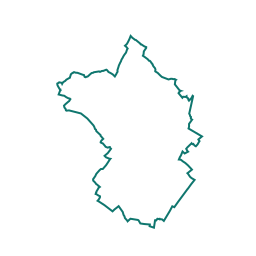 Chapab, Yucatán, Mexico (Robinson projection), rotated 29°
{"feature_id": "50627088B60332279598838", "entity_name": "Chapab", "entity_type": "district", "adm_level": 2, "iso_a3": "MEX", "parent_name": "Mexico", "parent_adm1": "Yucatán", "projection": "robinson", "projection_center": [-89.499, 20.5], "detail": "fine", "context": "isolated", "style": "outline", "palette": "teal", "viewbox_px": 256, "rotation_deg": 29, "n_neighbors": 0, "source": "geoboundaries", "source_scale": "gbopen_adm2", "svg_char_len": 3979}
<svg xmlns="http://www.w3.org/2000/svg" viewBox="0 0 256 256"><g transform="rotate(29 128 128)"><path d="M206.9,174.8L207.6,168.3L209.7,152.3L209.8,152.2L210.5,146.4L211.4,141.1L207.8,141.0L205.9,140.6L202.6,138.9L201.9,138.7L204.1,133.4L202.7,132.9L202.3,132.8L198.6,131.6L197.7,131.4L195.0,130.8L192.2,130.6L190.1,130.2L189.4,130.2L187.8,130.9L187.5,128.3L187.6,126.4L187.1,122.1L189.9,122.8L192.0,119.6L191.3,119.4L189.0,118.0L189.3,116.2L191.0,110.6L191.4,110.9L192.6,110.8L192.9,110.3L193.8,110.7L195.0,111.1L196.2,111.1L196.8,108.6L196.8,107.3L196.8,106.4L196.9,104.8L195.7,104.3L195.1,103.9L196.8,99.5L181.2,99.1L180.8,97.3L179.4,94.8L179.7,92.3L180.0,89.6L179.3,89.6L178.4,89.3L177.7,87.8L176.9,87.7L175.5,86.3L174.6,85.8L169.5,68.6L168.9,68.5L169.0,70.8L168.6,72.7L168.1,74.5L167.4,74.1L167.0,74.0L166.8,73.5L166.5,73.1L165.7,72.8L165.1,72.8L164.7,72.8L164.4,72.6L163.8,71.8L163.2,73.0L161.1,73.9L160.9,75.2L155.3,73.0L155.4,71.5L155.6,71.4L156.0,70.0L156.1,69.9L154.9,70.1L147.8,67.1L146.3,63.3L146.6,62.6L145.1,62.6L143.7,63.4L143.0,63.5L141.7,64.1L139.9,65.9L132.9,66.9L131.1,66.5L127.9,65.6L127.3,65.4L124.6,65.3L124.2,65.1L123.8,63.8L123.4,63.3L123.2,63.1L122.4,62.5L120.5,61.8L119.3,61.1L118.8,60.4L118.3,60.4L117.7,59.9L117.0,59.8L116.6,59.5L115.1,58.8L114.5,58.7L113.9,59.0L112.4,58.5L112.0,58.3L108.3,57.8L106.0,57.6L105.9,56.1L104.7,53.3L105.1,49.2L104.7,48.4L102.9,48.7L98.9,48.4L98.5,48.7L97.6,48.2L92.1,47.2L91.3,47.5L89.2,47.1L88.4,47.1L85.7,46.2L86.1,49.2L86.3,52.6L86.3,55.0L85.5,57.5L87.0,57.8L89.2,58.7L89.1,59.8L89.7,63.0L89.3,65.8L89.2,67.8L89.3,69.1L89.2,70.5L89.2,71.5L89.5,73.0L89.5,74.8L89.6,75.8L89.7,77.7L90.0,78.9L90.7,82.5L91.6,83.9L91.5,85.3L91.6,86.4L91.5,89.3L88.7,88.5L86.3,88.4L85.3,88.4L83.8,88.5L82.3,87.8L81.3,87.5L80.8,87.5L80.5,87.8L80.1,88.3L79.7,88.8L79.3,89.2L78.9,89.9L78.4,90.2L77.9,90.5L77.5,90.8L76.3,92.5L75.3,92.5L71.1,95.8L70.8,96.5L70.3,96.9L69.5,97.6L68.9,99.2L68.6,100.1L67.9,102.2L67.7,102.6L66.8,103.4L66.4,104.1L65.3,104.3L63.7,103.0L63.0,103.3L57.1,104.2L55.4,105.0L53.7,105.3L53.4,106.2L53.1,106.5L52.8,106.6L52.0,108.7L52.1,109.4L52.3,109.8L52.5,111.2L52.8,112.2L52.5,112.6L50.6,115.7L50.5,116.3L50.3,117.2L49.8,118.0L49.0,119.6L49.0,121.3L48.5,120.9L47.8,120.7L47.6,120.8L45.7,121.4L45.7,121.7L44.6,123.4L45.3,124.5L46.5,125.4L49.7,127.3L49.8,127.3L50.2,127.1L50.8,127.8L50.5,128.5L51.1,132.3L51.5,132.2L53.5,131.7L54.7,131.4L56.6,130.7L59.1,131.0L61.5,130.9L62.8,130.5L63.6,130.7L63.5,132.3L63.5,133.0L63.1,133.8L61.7,137.6L61.2,139.5L62.5,140.9L64.4,141.7L65.1,142.6L65.7,142.7L67.9,141.2L75.5,139.2L79.8,138.1L87.8,139.4L96.6,142.5L98.0,143.4L99.7,144.9L100.1,144.9L100.8,145.0L101.8,146.1L107.4,147.5L107.8,148.1L108.9,148.5L111.6,149.5L111.3,150.4L110.8,152.0L110.9,153.0L110.9,153.7L111.1,153.9L111.9,153.9L113.5,153.7L116.5,154.8L117.5,155.3L119.8,155.0L121.0,153.7L121.3,153.5L121.6,153.9L123.2,154.4L122.5,159.7L121.0,163.7L123.0,164.3L125.5,164.0L126.1,164.0L127.5,163.5L127.4,164.0L127.0,169.6L126.9,170.3L126.9,171.0L125.8,176.1L124.2,177.0L123.6,178.6L122.8,182.1L122.5,183.9L122.6,184.5L122.7,186.0L122.3,189.7L123.1,190.9L125.6,191.6L127.5,192.5L128.8,192.5L130.2,193.0L130.5,192.9L131.9,193.2L131.3,194.4L131.3,196.7L131.2,198.6L131.4,199.2L131.3,199.7L131.5,199.9L131.5,200.6L131.6,201.0L131.7,201.4L132.1,201.3L132.4,201.2L135.1,201.4L136.1,201.3L136.6,201.3L137.0,201.9L137.1,202.7L137.1,203.9L137.0,205.0L136.7,206.4L138.0,206.4L144.9,206.9L154.9,208.4L155.7,205.7L156.6,203.6L157.7,200.9L164.1,204.0L166.1,206.0L166.6,206.4L167.1,206.6L167.8,207.0L168.9,208.2L172.3,209.4L172.9,209.8L174.1,206.2L181.3,203.6L182.1,203.7L185.1,205.5L188.8,204.1L193.9,201.8L194.5,203.4L199.0,202.6L197.1,197.4L196.7,196.5L196.5,195.9L196.4,195.5L196.6,195.4L197.0,195.4L197.3,195.3L197.5,195.2L197.5,194.4L197.7,193.2L198.3,193.2L199.1,192.5L199.5,192.2L199.7,192.5L200.2,192.5L200.6,192.0L202.1,191.4L204.4,191.9L204.8,180.2L204.7,175.0L206.9,174.8Z" fill="none" stroke="#0f766e" stroke-width="2"/></g></svg>